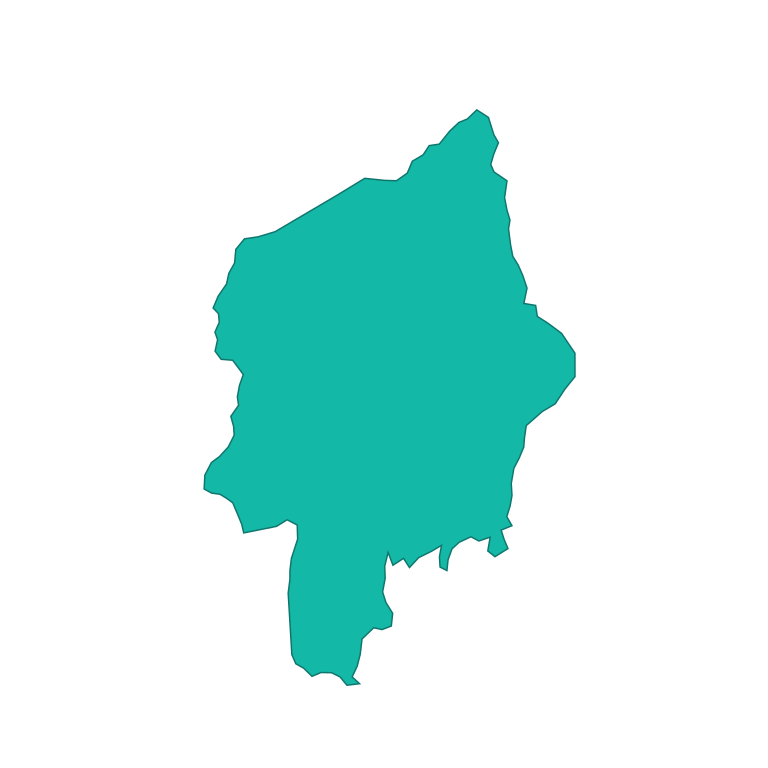 São Bernardino, Santa Catarina, Brazil, rotated 39°
{"feature_id": "56859067B58324669548024", "entity_name": "São Bernardino", "entity_type": "district", "adm_level": 2, "iso_a3": "BRA", "parent_name": "Brazil", "parent_adm1": "Santa Catarina", "projection": "equal_earth", "projection_center": [-52.979, -26.487], "detail": "fine", "context": "isolated", "style": "filled", "palette": "teal", "viewbox_px": 768, "rotation_deg": 39, "n_neighbors": 0, "source": "geoboundaries", "source_scale": "gbopen_adm2", "svg_char_len": 1838}
<svg xmlns="http://www.w3.org/2000/svg" viewBox="0 0 768 768"><g transform="rotate(39 384 384)"><path d="M302.6,530.9L301.8,544.0L299.3,553.6L302.1,567.5L310.3,578.8L318.6,577.3L326.0,572.9L333.7,571.9L341.2,571.5L352.1,577.3L361.8,582.6L368.7,588.0L390.1,562.2L394.1,550.5L405.3,548.2L414.5,558.9L421.8,577.8L428.2,588.0L433.8,595.0L441.2,606.9L482.7,652.3L491.5,656.9L500.4,655.4L512.0,656.5L516.6,647.9L524.9,641.4L534.1,639.3L544.8,641.4L553.6,632.3L543.6,631.7L540.7,620.0L535.6,609.0L527.4,596.0L529.4,579.9L537.0,576.1L542.0,567.5L535.1,556.8L523.0,552.6L513.8,546.5L507.2,534.3L499.2,525.1L493.2,512.3L505.0,519.2L508.9,507.2L519.3,510.6L520.2,497.1L526.2,484.1L530.2,473.2L535.9,483.5L542.8,491.0L550.3,489.4L544.4,480.3L540.6,469.4L542.0,459.8L547.7,448.0L556.5,446.3L562.9,436.2L569.7,448.4L578.9,448.4L583.9,433.9L575.0,429.1L567.0,423.8L572.6,413.6L562.9,409.8L558.8,399.5L553.7,390.2L545.5,381.2L538.0,367.8L535.6,356.2L532.3,345.1L527.1,337.5L520.7,326.8L522.6,315.9L524.3,305.8L529.5,291.7L527.8,273.9L527.8,258.1L513.0,239.9L490.1,232.9L473.1,233.6L460.6,235.0L452.4,227.5L442.0,233.4L434.8,219.5L423.5,212.3L413.4,207.1L403.7,203.7L394.8,196.2L383.1,185.0L378.7,177.3L370.3,171.6L360.5,163.4L351.7,148.7L344.0,149.3L336.0,150.0L328.8,146.2L324.7,136.5L321.1,124.5L312.6,121.2L304.6,115.9L297.4,111.1L283.6,112.6L282.0,125.6L277.6,133.6L275.9,146.2L276.0,162.8L269.1,170.3L270.2,181.3L265.8,193.0L269.4,205.4L265.8,218.2L256.3,225.4L239.6,236.3L228.5,267.4L203.5,334.2L193.5,348.9L184.2,359.0L184.1,372.6L191.7,383.9L193.8,395.7L198.7,405.4L199.8,419.9L203.4,432.5L211.1,433.5L217.2,439.8L220.0,450.1L226.8,454.3L232.1,464.8L241.9,467.3L251.4,460.8L260.7,463.1L268.7,465.2L272.5,475.9L278.1,486.2L284.4,492.1L285.3,505.5L293.8,511.6L299.8,518.1L302.6,530.9Z" fill="#14b8a6" stroke="#0f766e" stroke-width="1.5"/></g></svg>